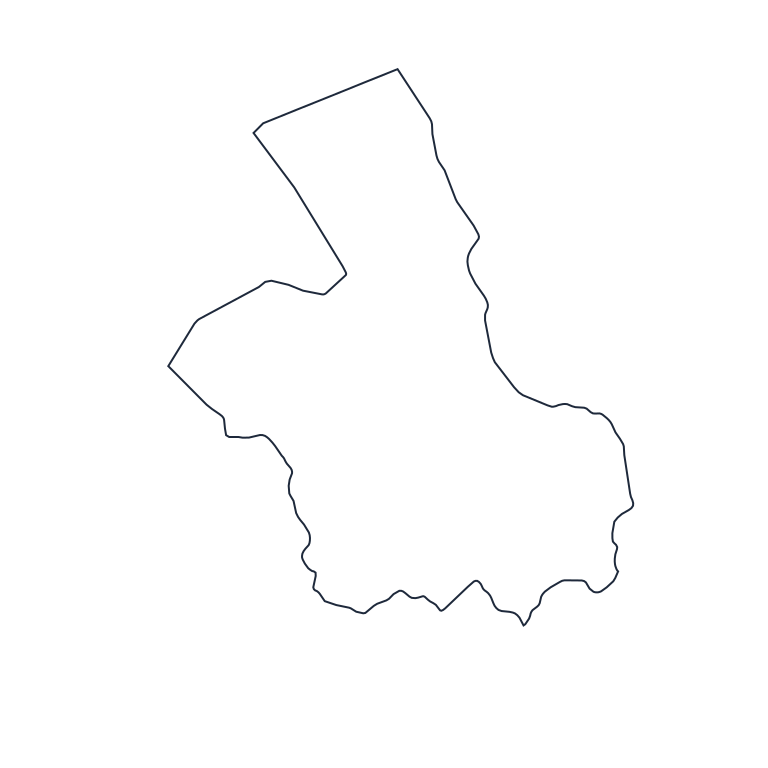 Bayanhongor, Natural Earth projection, rotated 151°
{"feature_id": "MNG-3317", "entity_name": "Bayanhongor", "entity_type": "Province", "adm_level": 1, "iso_a3": "MNG", "parent_name": "Mongolia", "parent_adm1": "", "projection": "natural_earth1", "projection_center": [99.6, 45.149], "detail": "fine", "context": "isolated", "style": "outline", "palette": "slate", "viewbox_px": 768, "rotation_deg": 151, "n_neighbors": 0, "source": "natural_earth", "source_scale": "10m", "svg_char_len": 3340}
<svg xmlns="http://www.w3.org/2000/svg" viewBox="0 0 768 768"><g transform="rotate(151 384 384)"><path d="M363.3,670.6L327.3,666.2L291.4,661.7L255.4,657.3L219.5,652.8L215.2,594.3L215.3,590.8L216.1,587.9L220.5,579.1L227.3,558.5L228.1,555.0L228.3,551.6L227.4,541.5L231.7,510.9L231.8,507.5L228.8,479.1L228.9,469.2L229.5,466.8L230.8,465.2L242.1,459.8L246.4,456.9L248.3,455.2L249.6,453.7L251.7,450.6L253.1,447.2L254.6,442.1L255.1,438.9L255.4,427.4L253.8,412.8L253.7,409.2L254.1,405.3L254.8,402.8L256.1,400.7L257.4,399.4L260.8,396.8L262.0,395.6L264.8,390.6L275.0,359.5L276.1,353.8L276.5,349.3L271.8,318.1L270.2,311.5L267.9,306.8L251.3,286.0L248.2,282.7L246.7,282.0L244.3,281.3L241.6,281.0L237.3,279.7L235.4,278.8L233.5,277.5L230.3,273.4L227.9,271.0L220.4,266.2L218.7,264.2L216.9,259.2L215.5,257.0L213.7,255.8L209.8,253.8L208.5,252.5L207.7,251.2L205.7,246.2L204.9,243.6L204.4,241.0L204.3,238.4L205.0,229.4L204.2,221.8L204.0,215.5L204.5,213.2L208.3,205.3L221.9,168.7L222.8,165.4L223.1,162.0L223.8,159.0L225.2,156.8L227.8,155.5L230.8,155.1L238.9,155.0L244.3,153.9L249.3,151.9L256.6,142.8L259.0,138.4L260.2,135.2L259.7,132.9L259.0,130.9L259.1,128.3L260.3,126.6L264.2,122.9L266.8,119.4L268.3,116.8L269.3,114.5L269.9,112.6L270.4,109.5L270.4,108.4L270.4,107.6L270.1,106.6L275.8,102.2L279.1,100.3L287.8,98.2L294.7,97.4L296.2,97.6L297.7,98.0L299.1,98.7L300.3,99.5L301.5,100.7L303.4,105.4L303.6,112.6L304.5,114.6L306.3,116.3L321.3,124.8L323.6,125.5L326.2,125.6L336.8,125.4L344.0,124.4L346.6,123.5L348.0,122.8L349.7,121.7L354.1,116.8L355.9,115.6L358.1,115.0L363.7,114.2L365.4,113.4L367.0,112.2L368.5,110.5L370.8,108.5L376.9,105.4L379.0,105.2L378.8,113.9L379.5,117.2L380.7,119.9L382.1,121.6L384.7,123.9L391.2,128.4L393.4,130.9L394.4,133.7L394.8,136.5L394.6,139.3L393.9,144.8L393.8,147.5L394.3,150.6L395.0,152.5L396.0,154.6L396.5,156.2L396.6,157.8L396.4,159.9L396.3,162.1L396.9,164.8L397.9,166.6L399.5,167.5L401.2,167.7L409.0,166.0L439.3,158.1L442.0,157.7L443.8,157.9L444.7,158.9L445.7,165.7L447.1,168.4L449.1,171.5L450.2,174.1L451.5,178.1L452.3,179.2L453.1,179.6L457.7,180.6L460.4,181.5L463.4,183.5L464.8,185.7L466.7,190.7L467.9,193.3L469.1,194.7L470.9,195.7L477.5,195.6L483.8,193.7L486.9,193.6L496.5,195.1L500.5,194.9L511.3,192.8L513.3,193.5L518.7,198.3L521.8,203.9L523.0,205.3L532.9,213.8L541.1,222.8L541.9,231.6L542.3,233.5L543.1,235.4L544.3,236.9L544.8,238.6L544.4,240.5L536.8,249.2L535.3,252.2L536.3,254.2L537.5,255.2L538.6,257.2L539.6,259.6L540.3,265.3L540.2,269.9L539.8,271.9L539.1,273.3L537.6,275.2L535.3,276.8L532.7,278.0L528.0,279.6L526.3,281.0L524.8,282.9L523.4,285.2L522.3,287.8L521.7,290.5L522.1,299.9L523.2,305.7L523.6,309.4L523.4,313.7L519.8,325.6L520.0,331.5L519.9,334.2L516.7,341.2L512.8,346.2L507.7,350.5L506.9,351.9L506.4,353.7L506.4,355.8L507.6,361.5L507.7,364.0L507.5,367.4L507.7,369.0L508.2,370.8L509.3,382.5L510.0,386.8L511.2,391.8L512.1,394.2L513.2,396.3L515.0,398.2L517.2,399.5L528.1,402.6L533.7,405.6L537.1,408.3L545.1,412.7L546.9,415.8L544.7,422.1L541.4,429.8L541.0,431.0L540.9,432.6L541.3,434.6L542.5,437.4L546.5,445.4L549.2,451.9L564.0,504.2L520.5,528.7L516.3,530.1L514.1,530.4L446.3,529.5L438.4,530.9L432.4,528.9L419.4,517.0L409.6,504.9L394.6,492.3L393.3,491.6L392.2,491.4L391.0,491.4L364.5,497.8L363.7,498.6L363.3,500.1L363.1,507.0L367.2,599.5L376.4,666.8L363.3,670.6Z" fill="none" stroke="#1e293b" stroke-width="2"/></g></svg>